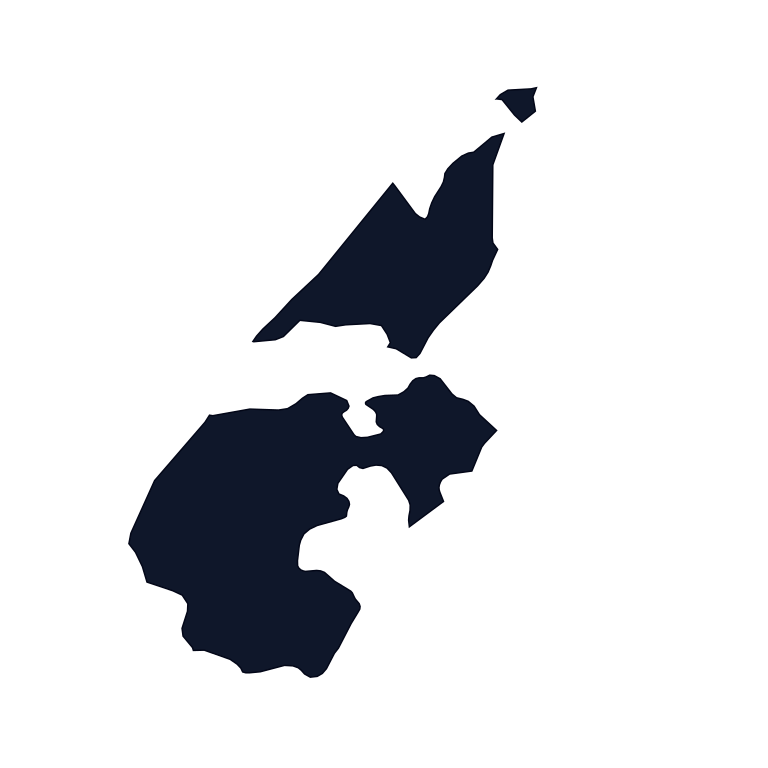 Fujayrah, Equal Earth projection, rotated 218°
{"feature_id": "ARE-341", "entity_name": "Fujayrah", "entity_type": "Emirate", "adm_level": 1, "iso_a3": "ARE", "parent_name": "United Arab Emirates", "parent_adm1": "", "projection": "equal_earth", "projection_center": [56.162, 25.265], "detail": "fine", "context": "isolated", "style": "filled", "palette": "ink", "viewbox_px": 768, "rotation_deg": 218, "n_neighbors": 0, "source": "natural_earth", "source_scale": "10m", "svg_char_len": 2950}
<svg xmlns="http://www.w3.org/2000/svg" viewBox="0 0 768 768"><g transform="rotate(218 384 384)"><path d="M437.4,328.7L420.6,344.1L403.2,348.0L398.0,345.0L397.3,342.9L397.4,340.3L398.4,337.7L399.0,335.4L398.3,333.5L396.4,332.2L376.5,325.6L373.9,325.3L369.1,327.5L364.2,331.8L355.8,342.6L355.3,346.6L356.9,348.3L361.2,347.7L364.4,348.0L366.8,349.4L370.0,354.2L371.1,355.6L373.1,356.7L375.0,357.2L377.3,357.4L385.7,356.8L386.4,357.2L386.9,357.7L387.2,358.4L387.0,359.5L384.1,366.3L380.7,370.6L376.2,375.5L366.2,383.9L363.6,390.0L362.6,395.5L363.3,400.1L363.3,404.3L362.2,407.9L360.2,410.4L356.7,413.2L355.1,415.5L353.4,419.1L349.5,421.6L343.0,422.7L324.3,418.0L318.4,417.8L312.4,420.5L307.0,422.2L299.4,422.0L289.9,418.6L266.7,416.7L268.3,399.2L268.2,394.5L261.2,369.5L276.9,353.4L279.6,344.8L279.2,341.6L278.3,338.7L277.0,336.3L275.4,334.6L273.5,333.2L264.8,328.1L276.1,287.1L280.8,291.9L283.2,295.6L285.7,300.5L288.9,304.8L293.0,307.6L323.4,318.6L329.9,319.6L335.5,318.4L340.4,315.2L344.2,311.0L348.6,304.5L351.8,303.1L355.4,303.2L358.3,300.7L360.2,294.3L359.2,277.3L356.3,271.9L351.8,269.6L346.9,271.0L342.8,271.1L339.4,269.9L337.1,267.9L336.1,265.5L335.5,262.9L334.8,261.0L334.0,259.4L333.3,258.4L332.3,256.7L332.8,254.8L334.6,251.6L349.6,231.3L353.3,223.8L354.8,216.5L353.5,209.7L351.5,204.8L343.4,191.5L340.6,188.1L340.5,187.9L340.3,187.7L339.6,187.3L337.8,186.5L335.0,186.3L332.5,187.0L331.2,187.6L330.6,187.9L322.3,195.6L318.9,197.7L314.9,198.9L301.6,198.1L282.6,200.3L280.4,199.9L276.1,197.7L274.3,196.9L268.3,195.6L265.9,194.0L264.5,191.7L264.0,188.4L262.4,174.9L257.3,147.8L257.3,141.3L254.1,124.2L254.4,118.0L256.6,112.5L261.6,107.6L268.1,106.6L273.0,107.5L276.9,107.6L282.3,105.8L289.2,101.0L304.3,81.1L311.9,73.9L315.2,71.3L318.1,70.1L321.9,72.0L327.3,72.8L335.8,72.3L361.8,63.6L370.2,56.7L372.6,58.4L387.1,61.6L392.7,67.1L398.9,83.9L403.3,90.1L413.0,93.4L423.0,91.1L448.8,82.0L462.0,91.4L476.2,98.4L486.7,101.1L491.6,110.6L505.3,166.7L501.5,243.6L502.3,252.0L499.4,253.6L474.3,281.6L451.1,298.5L444.8,305.2L441.2,314.3L439.5,322.6L437.4,328.7ZM422.0,428.5L432.2,423.1L450.6,407.1L457.7,399.6L472.1,393.4L489.5,382.4L492.5,359.5L496.9,352.0L512.7,337.1L513.5,336.8L513.9,343.3L513.3,352.7L510.7,369.0L508.7,393.9L503.0,430.1L500.7,547.6L497.3,546.8L464.3,537.6L458.9,537.5L453.0,539.1L452.7,542.6L453.7,545.9L455.9,550.3L457.9,556.1L459.4,562.8L460.5,574.7L461.6,579.8L463.6,584.1L465.6,587.4L466.2,593.0L465.5,600.5L463.0,611.6L459.7,617.9L456.0,621.9L451.0,645.0L443.6,655.3L433.2,623.7L388.7,565.8L385.0,562.2L377.3,560.0L374.6,548.3L372.7,542.9L370.9,536.3L370.2,529.0L370.7,519.0L378.0,466.2L378.2,457.0L377.7,447.6L374.5,430.3L374.9,424.6L378.6,421.4L396.1,419.3L403.9,415.6L404.4,420.5L412.1,425.1L422.0,428.5ZM470.9,677.9L470.5,683.7L467.2,691.9L449.8,707.1L446.3,711.3L446.2,711.0L443.5,702.0L432.7,692.2L436.7,675.3L446.8,676.3L466.1,680.8L470.8,678.0L470.9,677.9Z" fill="#0f172a" stroke="#020617" stroke-width="1.5"/></g></svg>